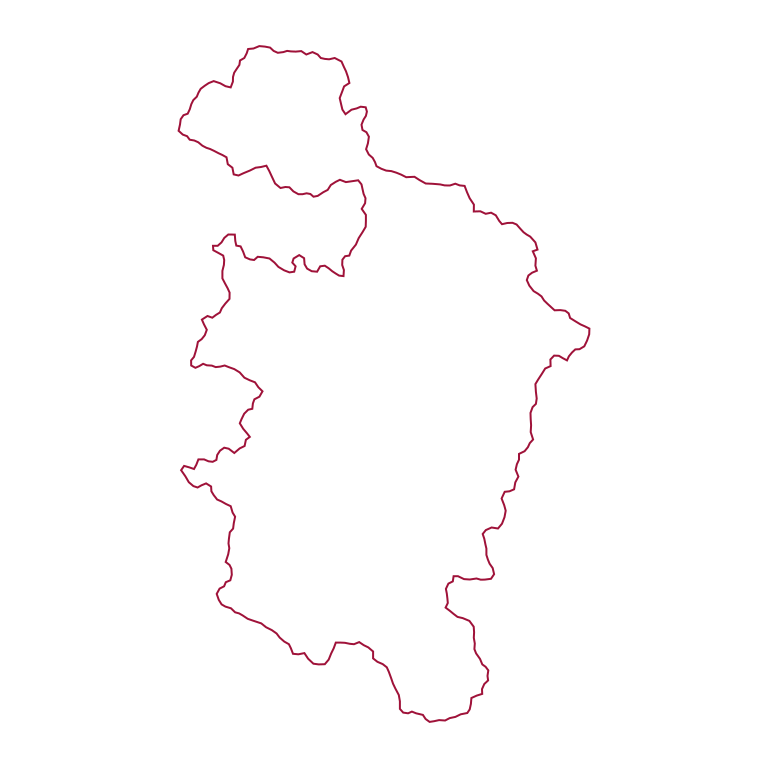 outline of Muriaé, Minas Gerais, Brazil
{"feature_id": "56859067B59744143145947", "entity_name": "Muriaé", "entity_type": "district", "adm_level": 2, "iso_a3": "BRA", "parent_name": "Brazil", "parent_adm1": "Minas Gerais", "projection": "robinson", "projection_center": [-42.437, -21.086], "detail": "fine", "context": "isolated", "style": "outline", "palette": "rose", "viewbox_px": 768, "rotation_deg": 0, "n_neighbors": 0, "source": "geoboundaries", "source_scale": "gbopen_adm2", "svg_char_len": 5951}
<svg xmlns="http://www.w3.org/2000/svg" viewBox="0 0 768 768"><path d="M494.1,574.2L492.7,568.1L489.6,563.7L487.9,559.6L486.4,554.9L486.4,548.6L485.4,544.3L484.3,538.8L482.7,534.0L485.8,530.1L491.6,527.5L498.0,528.5L502.0,523.7L504.5,517.2L505.7,510.7L504.2,505.2L501.6,498.5L504.7,491.8L509.5,491.3L514.1,489.3L515.3,482.4L518.4,476.6L515.6,469.7L516.9,464.2L519.0,459.7L519.0,453.9L524.6,451.2L527.9,447.2L529.8,443.1L533.1,439.5L530.7,432.1L531.1,425.3L530.7,419.2L530.5,412.9L532.6,407.1L535.9,403.9L536.7,398.5L535.9,391.8L535.4,384.1L538.1,379.6L541.7,374.1L545.2,368.5L550.6,366.1L550.4,359.5L554.1,355.6L558.9,355.8L562.7,358.1L567.0,360.4L568.9,356.3L572.0,352.5L575.3,349.4L579.5,349.2L584.3,346.3L587.1,340.5L589.2,334.3L589.4,328.6L584.8,326.3L580.5,324.4L575.4,321.3L570.1,318.0L568.7,313.4L565.3,310.8L560.3,310.1L554.6,310.3L551.2,307.2L547.5,303.8L544.1,300.5L541.5,296.4L537.9,293.7L533.6,291.1L529.3,285.6L526.8,280.1L528.4,275.5L532.1,272.7L536.9,270.7L535.4,265.7L535.9,258.3L532.8,251.3L537.5,249.6L535.4,242.4L530.2,236.6L526.6,234.5L523.5,232.2L520.1,228.5L516.6,224.5L512.5,222.8L507.2,223.0L502.0,224.2L499.2,220.9L495.8,215.3L491.1,212.7L485.7,213.8L480.4,211.3L473.8,211.5L473.9,204.6L469.7,198.3L467.0,192.2L464.6,185.9L459.7,185.4L455.3,183.7L449.9,185.5L444.7,185.4L440.1,184.4L432.7,183.8L425.7,183.5L419.6,180.1L414.5,176.8L410.1,177.0L406.2,177.2L401.1,174.6L396.4,172.7L391.3,171.1L386.2,170.6L381.4,168.8L376.5,166.2L375.0,162.1L372.7,157.9L368.8,154.5L366.1,149.2L367.9,143.4L368.9,136.7L366.4,132.2L362.5,130.0L361.5,124.7L363.6,119.5L365.9,115.9L366.9,111.6L365.7,107.3L360.7,106.7L356.7,108.4L351.5,109.7L345.5,114.2L342.4,109.6L341.2,104.6L339.7,98.1L342.4,91.0L344.1,86.4L349.4,83.0L348.0,77.1L346.0,71.3L343.9,66.9L341.5,61.5L334.7,58.0L329.1,59.3L324.8,58.9L320.8,58.0L317.7,54.5L312.5,52.1L306.3,54.5L301.3,51.1L295.7,51.6L290.9,51.4L287.1,50.9L283.3,52.1L277.8,52.8L273.6,50.9L270.1,47.6L264.9,46.6L259.3,46.1L253.5,48.5L248.1,49.0L246.7,53.3L244.3,58.0L240.0,60.5L239.4,64.9L236.5,69.2L234.2,72.7L233.0,77.0L232.9,81.6L230.7,87.4L225.5,86.2L220.3,83.3L213.7,81.1L208.7,83.1L204.8,85.7L200.7,88.8L198.5,92.6L196.8,96.7L193.3,100.1L191.3,104.2L189.8,109.2L187.7,113.7L183.5,115.2L180.7,119.2L180.0,124.5L178.6,130.8L182.8,134.6L187.1,136.2L189.7,139.7L194.3,140.5L198.3,142.3L202.4,145.7L206.4,147.8L210.1,149.0L214.1,150.9L218.5,153.2L222.4,155.0L226.5,157.3L227.8,164.2L232.4,167.7L233.7,174.4L238.5,175.5L243.5,173.2L250.0,170.5L255.6,167.7L261.0,167.0L266.4,165.7L269.3,171.1L271.8,176.5L275.1,183.5L280.5,188.0L285.4,187.0L289.4,187.3L293.4,191.4L298.4,194.2L302.5,194.2L306.6,193.3L310.4,194.0L313.5,196.7L317.7,195.9L323.3,192.2L327.7,189.9L330.8,185.0L335.8,181.8L339.9,179.8L345.9,182.1L352.8,181.1L358.2,180.3L361.5,184.4L362.5,189.0L363.6,193.9L365.5,198.2L365.1,203.2L361.7,208.9L365.9,214.9L365.9,220.9L365.7,226.8L362.5,232.2L358.7,238.1L355.9,244.6L351.1,250.6L349.3,255.6L345.1,256.2L342.4,259.7L342.2,265.0L343.9,270.0L343.5,276.1L339.1,275.6L335.5,273.4L332.2,271.2L328.7,268.3L324.8,265.7L320.2,266.3L317.1,271.7L311.7,271.2L307.1,268.6L304.6,264.3L304.1,258.2L299.2,255.1L293.6,258.5L292.3,262.6L295.6,266.3L294.2,271.7L289.5,272.4L284.1,270.3L278.4,266.9L274.5,262.6L269.5,258.5L263.3,257.3L257.7,256.8L254.1,260.0L250.0,259.4L245.2,257.3L243.1,251.6L240.6,246.4L236.3,245.6L235.3,241.0L234.8,234.6L228.3,234.5L224.3,237.9L221.5,242.4L217.7,245.8L213.0,245.8L213.3,250.2L218.5,253.0L223.2,255.6L224.2,260.0L223.9,264.9L222.4,270.9L222.4,278.4L225.1,283.6L227.6,288.2L229.6,292.6L229.5,298.9L225.3,303.6L221.8,308.2L219.9,312.5L216.0,314.9L212.3,317.7L207.5,316.0L201.9,319.6L203.9,324.2L206.8,329.8L204.8,335.2L201.7,339.1L197.9,341.9L197.0,346.5L195.6,351.7L194.0,356.9L191.1,360.4L191.2,365.5L195.4,367.8L199.3,366.1L203.1,363.8L206.8,365.3L211.8,365.6L215.7,367.1L220.3,366.6L224.7,365.5L228.7,367.1L234.3,369.1L239.7,372.4L244.4,377.7L249.8,380.3L255.0,382.3L258.4,387.3L262.5,391.3L259.4,396.7L254.4,399.3L252.9,403.4L252.3,408.8L248.2,409.7L244.2,413.7L241.5,419.2L239.8,423.3L243.2,428.8L247.0,433.3L249.8,436.9L245.9,439.8L244.6,446.0L239.7,448.4L234.3,453.0L228.7,448.7L224.2,447.7L220.0,450.7L217.2,455.0L216.4,459.9L212.7,461.8L208.5,461.3L204.1,459.4L198.4,459.4L196.3,464.8L194.0,469.0L189.4,467.4L184.1,465.9L181.1,470.2L185.3,476.2L188.8,482.2L193.4,486.1L197.6,487.5L201.5,485.3L206.1,483.4L211.1,486.5L211.4,491.3L213.7,495.1L217.1,499.5L221.4,501.4L226.0,504.0L230.7,506.2L232.6,512.6L235.1,516.7L233.8,523.1L233.1,528.6L229.8,532.3L228.9,539.0L228.5,543.5L229.3,548.2L228.2,554.3L225.7,562.0L229.5,564.9L231.4,568.7L231.8,574.8L230.3,580.3L225.8,582.2L224.1,586.3L219.6,588.6L216.7,593.9L218.8,599.9L221.6,604.4L225.4,606.6L231.0,608.3L235.1,612.3L239.1,613.4L242.6,615.4L247.7,618.8L252.6,620.5L256.5,621.8L261.3,623.4L266.0,627.2L271.8,630.1L276.6,633.5L279.7,637.6L284.3,641.6L288.9,644.2L290.9,648.3L293.0,653.8L298.4,654.3L304.4,653.1L308.1,658.7L313.4,663.7L318.7,664.4L324.8,664.2L328.7,659.6L331.2,653.4L333.7,648.3L335.8,642.6L340.5,642.6L344.9,642.8L349.8,643.8L354.0,644.2L359.2,642.1L363.8,645.2L368.3,647.4L373.1,651.5L373.1,658.4L377.4,661.8L382.7,664.1L386.8,667.3L388.9,672.0L391.2,678.3L393.0,683.6L395.4,688.6L398.8,695.0L399.9,701.3L399.9,708.9L403.2,712.6L408.1,713.3L411.9,711.6L416.1,713.3L422.9,714.9L425.6,719.0L429.6,721.9L434.1,721.2L439.1,720.1L445.1,720.5L449.7,718.1L455.4,716.9L460.7,714.3L467.3,713.0L469.7,709.4L470.9,703.9L471.4,698.0L476.7,695.6L482.2,693.9L482.0,689.1L484.3,684.0L488.1,680.4L487.5,675.9L488.3,670.4L485.6,666.8L482.3,664.4L480.0,658.9L476.1,653.4L474.4,649.1L474.8,643.5L473.8,637.8L474.1,632.2L473.7,626.7L469.4,620.9L462.7,618.1L457.5,616.9L453.7,614.0L449.7,610.7L445.6,607.6L447.8,603.0L447.4,598.5L446.8,593.5L445.9,588.9L448.4,583.6L452.8,581.4L453.6,576.2L458.0,576.2L464.0,579.1L469.8,579.5L476.5,578.5L480.8,579.7L484.8,579.6L491.0,578.8L494.1,574.2Z" fill="none" stroke="#9f1239" stroke-width="2"/></svg>